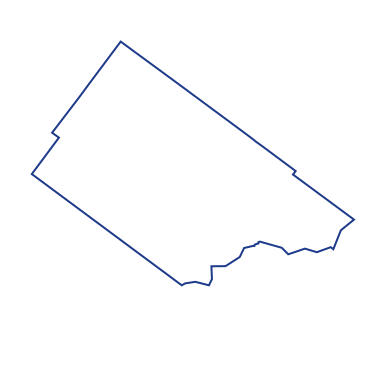 Nevada, Arkansas, United States of America, rotated 125°
{"feature_id": "52423323B31821089885349", "entity_name": "Nevada", "entity_type": "district", "adm_level": 2, "iso_a3": "USA", "parent_name": "United States of America", "parent_adm1": "Arkansas", "projection": "equal_earth", "projection_center": [-93.306, 33.699], "detail": "fine", "context": "isolated", "style": "outline", "palette": "blue", "viewbox_px": 384, "rotation_deg": 125, "n_neighbors": 0, "source": "geoboundaries", "source_scale": "gbopen_adm2", "svg_char_len": 818}
<svg xmlns="http://www.w3.org/2000/svg" viewBox="0 0 384 384"><g transform="rotate(125 192 192)"><path d="M110.1,320.1L109.7,336.7L161.1,338.3L177.9,338.7L223.7,340.6L223.8,332.2L269.2,333.5L274.3,146.9L270.7,145.1L263.7,137.8L258.7,124.6L251.9,125.7L241.7,133.5L233.5,122.0L217.8,115.6L208.0,117.2L200.6,110.6L200.6,110.1L200.3,109.9L200.1,110.0L199.7,110.3L199.3,110.3L198.8,110.2L198.5,110.1L198.3,109.9L197.6,109.2L197.1,109.0L196.8,108.8L196.8,108.7L196.6,108.4L196.3,108.2L196.1,108.1L195.9,108.2L195.7,108.5L195.4,108.5L195.1,108.8L194.6,108.6L194.2,108.3L193.7,107.9L186.2,86.5L187.8,77.4L173.6,67.0L169.7,55.2L157.6,46.7L157.8,43.4L138.0,48.1L121.7,43.5L119.8,119.3L115.4,119.1L114.2,160.7L114.1,169.0L113.8,172.1L113.5,181.5L111.2,269.8L110.1,320.1Z" fill="none" stroke="#1e3a8a" stroke-width="2"/></g></svg>